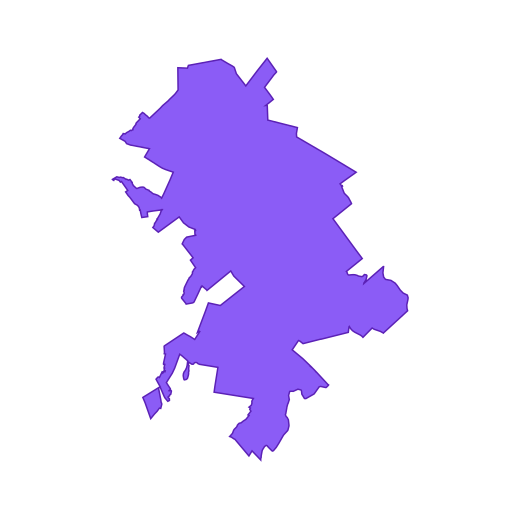 Crucea, Constanta, Romania (Mercator projection), rotated 348°
{"feature_id": "2599482B22418469262787", "entity_name": "Crucea", "entity_type": "district", "adm_level": 2, "iso_a3": "ROU", "parent_name": "Romania", "parent_adm1": "Constanta", "projection": "mercator", "projection_center": [28.187, 44.537], "detail": "fine", "context": "isolated", "style": "filled", "palette": "violet", "viewbox_px": 512, "rotation_deg": 348, "n_neighbors": 0, "source": "geoboundaries", "source_scale": "gbopen_adm2", "svg_char_len": 6099}
<svg xmlns="http://www.w3.org/2000/svg" viewBox="0 0 512 512"><g transform="rotate(348 256 256)"><path d="M119.2,393.2L123.8,389.5L127.0,387.3L129.9,384.7L131.1,385.3L133.0,381.5L133.1,380.3L132.8,379.8L133.0,376.3L133.2,364.9L135.0,364.3L137.0,374.4L137.5,376.0L139.4,379.6L139.5,379.8L141.3,379.3L141.6,377.7L141.3,376.9L140.8,376.5L140.6,376.0L140.8,375.5L141.3,375.1L142.3,374.9L143.0,373.7L143.9,373.5L145.2,370.5L144.8,369.6L143.2,369.8L143.0,369.7L144.1,369.0L144.6,368.0L142.0,361.2L149.7,353.3L153.2,348.7L161.0,336.2L162.7,338.1L166.4,343.0L167.4,344.4L165.9,348.7L164.8,350.9L163.1,353.1L161.6,354.4L160.5,356.1L159.9,358.0L159.8,360.5L159.9,362.0L160.3,362.3L162.4,362.2L163.6,361.3L164.9,358.9L165.6,357.2L165.7,356.1L166.5,354.4L166.6,353.2L166.9,351.6L167.7,349.3L167.1,348.2L168.2,346.0L170.6,348.4L171.9,348.8L172.5,348.6L173.5,347.7L174.3,347.5L175.8,347.9L176.5,348.6L176.8,349.2L178.2,350.2L195.6,357.0L188.6,375.2L186.7,380.5L223.8,394.8L222.1,396.6L221.6,397.6L221.5,399.0L220.4,401.0L217.7,402.4L218.9,403.6L218.0,404.7L218.8,406.7L215.1,409.8L216.0,410.6L212.1,413.7L209.0,414.9L206.7,416.1L204.8,416.1L203.8,416.7L202.6,417.6L201.9,418.8L200.9,419.6L198.7,421.0L197.9,421.8L196.1,424.6L192.7,427.1L194.3,428.1L196.5,430.4L197.2,430.8L207.5,450.1L211.6,445.8L218.2,456.5L218.5,455.2L219.1,454.2L219.6,452.4L221.5,447.8L222.1,446.9L224.8,444.1L226.5,443.4L227.1,443.6L227.6,444.2L228.3,445.6L231.1,449.9L231.8,450.3L232.8,449.9L236.1,447.3L239.5,443.8L245.4,437.2L246.2,436.5L250.6,433.4L251.1,432.8L252.9,429.1L253.1,428.2L253.6,423.2L253.6,422.9L252.9,420.4L252.3,419.6L252.0,418.9L251.8,417.6L251.9,417.0L252.3,416.5L254.5,411.1L254.8,410.2L256.3,407.3L256.9,406.6L258.4,403.9L258.7,403.6L258.9,399.1L260.8,395.5L261.7,395.5L264.4,396.1L269.3,395.0L271.6,396.1L272.2,396.5L272.4,397.0L272.4,397.8L272.1,400.7L273.7,405.3L274.2,405.7L275.3,405.8L283.9,403.1L284.3,402.9L290.6,397.1L291.7,397.0L292.3,397.1L296.7,399.1L297.2,399.2L297.7,399.0L300.0,397.5L300.2,397.2L299.6,396.6L290.9,382.0L290.7,382.0L290.4,381.4L290.5,381.4L289.4,379.6L287.4,376.5L287.2,376.5L286.4,375.4L286.7,375.4L280.5,366.2L271.9,355.3L280.0,347.5L280.4,347.7L281.4,348.6L283.8,351.5L301.4,350.8L302.8,350.9L330.4,349.9L332.2,344.7L332.6,344.3L333.6,347.0L334.8,349.0L335.6,349.9L336.9,351.2L341.7,355.1L343.0,356.6L343.7,357.8L354.6,350.6L356.3,352.2L362.0,355.6L364.6,357.9L364.8,357.7L392.9,341.1L392.8,338.7L393.3,335.2L395.5,330.3L396.1,328.5L395.9,325.7L392.3,322.9L391.2,321.2L390.0,319.3L387.9,314.2L386.5,311.5L382.9,307.9L377.8,305.8L376.5,303.2L376.6,299.7L376.6,299.0L378.6,292.9L378.3,292.8L355.7,305.4L355.9,304.9L358.7,302.1L360.4,298.5L360.2,297.7L359.7,297.2L358.9,297.0L358.5,296.7L358.1,296.7L356.5,297.9L355.3,298.2L352.2,297.0L350.8,295.9L348.8,294.9L346.9,294.4L342.8,293.9L342.2,293.5L341.8,292.6L341.6,290.6L341.2,289.9L359.4,280.6L355.3,271.7L339.0,235.5L360.3,224.7L360.0,223.1L358.6,218.2L357.8,216.7L355.7,213.5L355.3,212.7L354.2,205.9L355.1,205.7L355.0,205.1L354.4,205.1L353.2,202.9L358.3,200.6L371.4,194.9L345.5,170.7L320.5,148.0L321.0,144.6L323.2,139.0L295.8,125.5L298.3,111.2L298.0,110.9L296.8,110.8L305.5,106.4L303.5,101.7L299.4,92.8L311.1,82.6L314.2,80.4L314.4,80.1L314.3,79.7L308.0,64.9L296.2,74.7L281.4,87.5L274.7,73.6L274.0,67.3L273.7,66.6L272.1,65.0L268.4,61.8L263.3,57.1L262.8,56.4L229.5,55.5L228.0,58.0L218.7,55.6L214.3,77.4L211.0,80.3L209.8,81.2L203.5,85.1L202.8,85.7L195.9,89.5L193.1,91.5L180.7,99.0L180.3,98.9L179.8,98.5L178.8,96.7L177.1,94.7L176.3,93.4L174.8,92.0L171.5,94.1L171.3,95.1L170.2,95.8L171.3,97.7L166.6,100.9L166.1,101.5L166.0,102.2L163.4,104.4L162.1,105.7L161.9,106.9L161.2,106.9L160.2,107.4L159.3,106.9L159.1,107.0L157.6,107.7L154.9,108.5L153.5,109.4L151.9,108.7L151.5,108.6L151.0,109.4L149.2,110.7L147.2,112.6L151.8,116.6L152.8,119.2L156.3,121.4L174.1,128.9L167.6,136.0L174.5,142.7L180.0,148.2L182.6,150.6L185.8,152.8L192.5,156.8L187.5,164.0L178.7,176.0L175.7,179.8L175.0,178.6L172.6,176.2L169.5,174.3L169.1,174.2L168.6,173.9L168.0,173.4L166.5,171.5L165.1,170.2L165.1,169.6L162.1,167.6L161.0,165.8L160.1,165.2L158.9,164.9L156.8,164.7L153.7,165.2L153.2,165.1L151.4,162.6L151.2,162.2L150.7,161.8L150.6,161.4L150.5,160.7L150.1,159.7L150.1,159.4L150.2,158.5L149.8,158.0L150.0,157.9L148.6,155.0L147.1,155.3L145.4,153.9L144.8,154.0L142.6,151.7L141.6,151.6L140.0,150.7L138.5,150.7L136.3,149.6L131.5,151.2L132.0,152.0L132.6,152.5L133.3,151.6L133.8,151.3L134.2,151.4L137.8,153.6L138.7,155.5L139.9,155.2L144.2,165.2L141.8,166.2L143.5,170.3L144.8,172.4L148.1,179.6L150.2,181.4L150.9,182.3L151.8,184.4L151.8,185.1L151.7,187.0L152.3,187.0L152.2,190.7L152.3,194.6L158.3,195.0L158.6,191.4L158.8,190.7L158.9,190.3L165.1,190.6L172.0,191.2L173.6,191.0L173.9,191.1L172.4,192.5L171.1,194.8L167.5,198.8L166.8,199.2L166.8,199.4L167.1,199.9L166.3,200.2L166.0,200.7L165.3,201.4L164.3,202.6L163.6,202.9L163.6,203.2L162.5,205.4L161.0,206.7L165.4,212.4L189.0,201.8L192.0,208.5L196.4,213.7L201.9,217.3L201.6,217.7L202.2,218.0L202.3,218.3L202.1,218.6L201.3,219.0L200.8,222.1L201.4,222.9L201.4,223.2L192.1,223.1L189.3,224.9L186.3,228.8L186.5,229.0L194.1,244.7L191.0,246.4L194.5,254.9L192.7,256.0L191.7,257.1L191.1,258.0L190.5,258.4L190.2,259.9L189.6,260.7L187.8,262.5L186.1,263.5L185.4,264.6L184.4,265.5L179.9,271.3L179.3,272.2L178.4,274.4L178.6,274.5L177.9,275.5L178.1,277.0L177.8,277.9L177.5,278.3L176.7,278.5L176.7,279.2L174.6,280.8L174.5,281.4L174.5,281.9L177.7,288.2L177.7,288.5L184.2,288.7L185.1,288.5L185.7,288.2L186.3,287.5L191.3,281.0L196.0,274.7L196.3,275.0L197.0,274.1L200.7,278.9L200.9,279.5L228.2,265.4L230.1,271.0L238.3,283.4L210.8,297.0L199.7,292.0L194.6,300.2L182.8,318.6L184.9,317.8L185.3,318.2L178.7,324.9L175.1,321.3L172.5,319.1L170.0,316.8L169.3,316.3L147.6,324.9L147.3,325.4L146.4,331.4L145.9,332.5L147.1,333.1L143.2,341.8L143.4,342.0L143.1,342.8L144.2,343.1L142.7,346.4L143.3,346.7L142.4,348.5L143.4,349.4L142.9,350.3L141.6,349.8L141.1,350.8L140.6,351.0L140.8,350.1L140.2,349.7L136.3,354.7L135.6,354.1L134.8,354.1L132.6,355.7L133.9,360.1L135.1,363.9L115.9,370.8L117.0,376.5L119.2,393.2Z" fill="#8b5cf6" stroke="#5b21b6" stroke-width="1.5"/></g></svg>